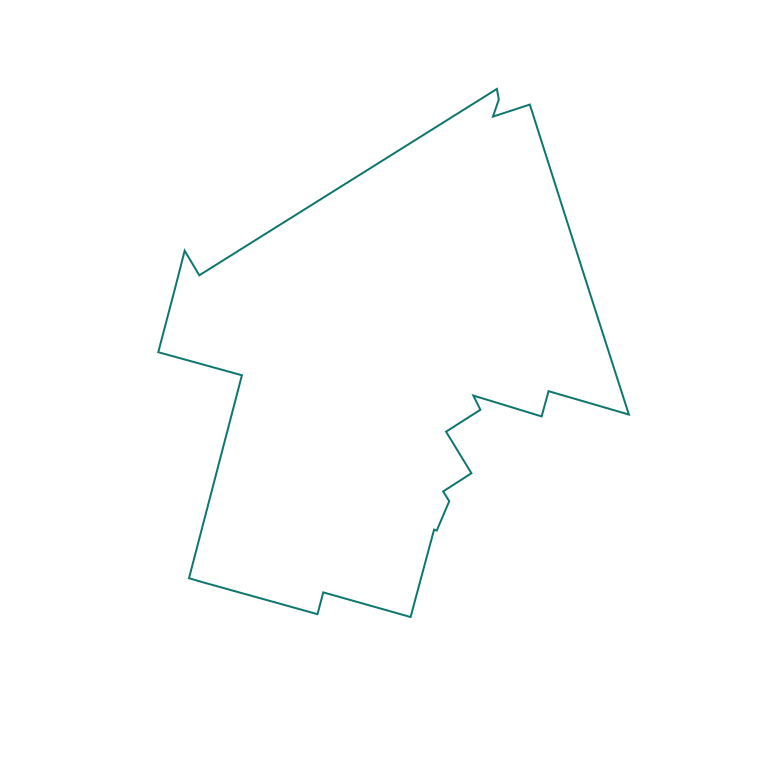 Florentino Ameghino, Buenos Aires, Argentina (Robinson projection), rotated 60°
{"feature_id": "61730980B69896756381715", "entity_name": "Florentino Ameghino", "entity_type": "district", "adm_level": 2, "iso_a3": "ARG", "parent_name": "Argentina", "parent_adm1": "Buenos Aires", "projection": "robinson", "projection_center": [-62.372, -34.887], "detail": "fine", "context": "isolated", "style": "outline", "palette": "teal", "viewbox_px": 768, "rotation_deg": 60, "n_neighbors": 0, "source": "geoboundaries", "source_scale": "gbopen_adm2", "svg_char_len": 513}
<svg xmlns="http://www.w3.org/2000/svg" viewBox="0 0 768 768"><g transform="rotate(60 384 384)"><path d="M404.6,159.5L214.9,118.0L206.9,155.9L195.0,142.3L184.9,138.7L193.8,386.4L193.8,386.9L197.5,489.6L168.9,490.0L194.0,514.5L243.6,563.6L305.4,502.7L454.7,650.0L466.5,638.7L550.1,556.7L534.1,540.8L599.1,477.5L535.1,413.4L537.3,411.6L518.1,386.1L506.6,386.5L505.0,352.9L456.3,354.1L454.5,313.4L438.7,312.4L490.9,263.7L472.5,245.1L532.9,187.2L404.6,159.5Z" fill="none" stroke="#0f766e" stroke-width="2"/></g></svg>